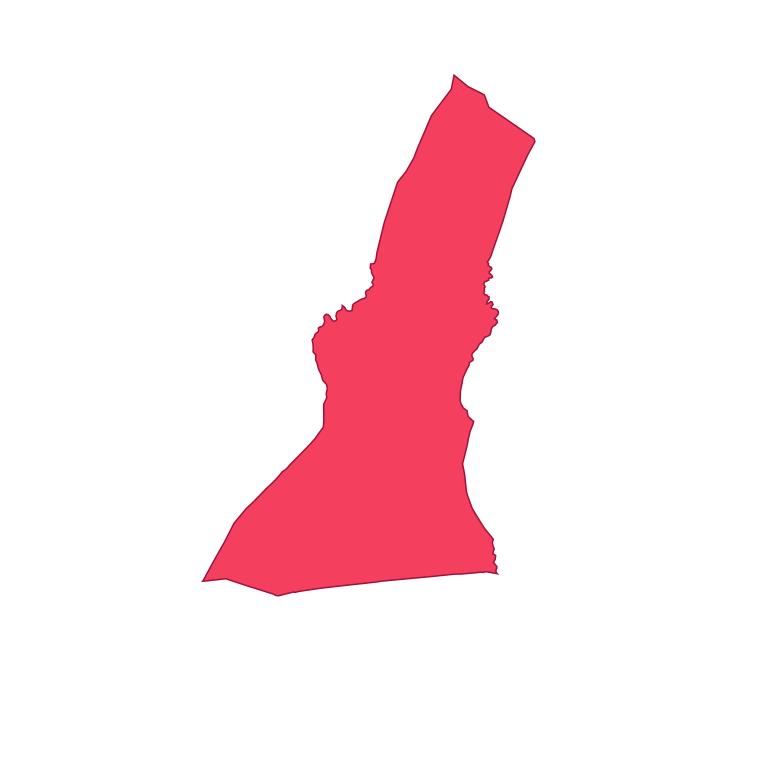 Ad Dinder, Sennar, Sudan (Robinson projection), rotated 57°
{"feature_id": "16777658B21408858343438", "entity_name": "Ad Dinder", "entity_type": "district", "adm_level": 2, "iso_a3": "SDN", "parent_name": "Sudan", "parent_adm1": "Sennar", "projection": "robinson", "projection_center": [34.843, 12.697], "detail": "fine", "context": "isolated", "style": "filled", "palette": "rose", "viewbox_px": 768, "rotation_deg": 57, "n_neighbors": 0, "source": "geoboundaries", "source_scale": "gbopen_adm2", "svg_char_len": 5198}
<svg xmlns="http://www.w3.org/2000/svg" viewBox="0 0 768 768"><g transform="rotate(57 384 384)"><path d="M305.4,187.7L298.3,179.5L296.4,177.2L289.8,170.2L274.3,145.4L269.6,137.8L265.5,130.2L263.0,125.5L261.6,125.0L259.8,124.5L221.0,140.4L209.1,145.3L196.1,142.4L180.3,151.6L169.2,155.1L163.2,157.1L173.4,167.0L184.8,198.1L205.0,228.2L210.5,235.6L217.8,249.7L222.0,262.4L224.1,265.1L248.6,295.7L270.2,318.6L274.9,322.6L277.6,326.4L276.8,328.4L276.0,329.9L279.4,332.5L281.2,332.2L283.8,333.8L286.1,334.2L288.3,334.1L290.1,335.0L290.9,336.9L292.1,338.7L293.4,338.8L294.9,338.8L296.0,340.2L295.7,342.6L296.7,345.3L296.1,347.3L296.7,349.1L298.0,350.0L299.5,350.5L300.8,351.3L301.6,352.2L301.4,354.1L300.5,357.0L300.4,359.0L300.4,361.7L300.1,364.9L300.4,366.5L301.5,368.0L303.8,369.8L305.0,371.0L303.9,373.8L301.5,375.5L298.7,375.2L295.4,376.2L297.3,377.6L298.4,379.0L298.4,380.4L297.9,382.4L298.1,384.1L299.0,385.4L300.8,387.3L302.7,387.9L304.1,388.3L304.6,389.4L304.1,391.9L303.0,392.5L300.9,392.9L299.0,392.8L297.5,392.6L295.2,393.2L294.0,394.5L294.2,396.7L295.0,397.9L297.1,398.8L299.3,399.7L301.0,401.9L301.8,403.5L301.8,405.5L301.2,407.0L301.3,408.6L303.4,409.6L304.5,411.0L304.4,413.3L304.8,414.7L306.9,417.3L307.9,420.5L307.9,420.4L311.5,421.6L311.8,421.8L313.2,422.6L315.6,424.0L318.4,426.0L322.6,425.4L326.2,428.0L326.4,428.1L329.5,428.7L336.0,430.8L342.2,431.6L347.6,433.4L350.4,432.9L353.0,432.5L356.9,433.9L360.7,437.8L364.3,439.5L368.2,445.7L381.3,454.0L387.3,458.5L389.6,465.0L392.3,471.6L394.2,478.6L396.7,489.4L397.2,491.7L400.5,506.8L401.7,510.9L402.2,513.2L402.2,517.1L404.0,522.7L405.1,526.9L406.1,531.2L407.4,538.6L407.6,539.7L410.0,550.0L411.7,557.6L412.5,562.1L413.5,567.6L418.9,584.9L419.2,585.8L423.0,592.3L429.8,604.1L432.0,608.4L438.8,621.4L446.5,635.7L448.8,639.8L450.4,642.7L450.4,642.9L450.5,643.2L450.6,643.5L451.9,641.2L461.2,622.7L478.5,608.9L500.2,591.0L502.2,590.1L504.1,587.9L509.2,573.1L510.2,572.3L511.5,568.6L514.3,562.4L518.3,553.7L520.8,548.3L533.5,522.8L541.2,507.6L547.0,495.9L547.3,494.8L571.7,448.3L582.3,427.6L585.9,422.0L586.3,421.1L592.6,409.2L594.6,405.2L596.0,403.4L597.1,400.5L602.0,395.3L603.3,393.9L604.8,392.3L603.7,392.5L603.4,392.5L602.0,392.1L601.9,392.1L601.6,392.0L601.6,391.9L601.4,391.8L601.2,391.5L601.0,391.3L600.6,390.7L600.3,390.3L600.1,390.1L600.0,389.9L599.9,389.9L599.7,389.6L598.9,389.1L598.7,389.0L598.6,388.9L598.4,388.7L598.2,388.7L598.1,388.8L597.6,388.8L597.4,388.9L596.5,389.0L595.4,389.1L595.1,389.2L594.9,389.2L594.7,389.2L594.0,389.2L593.4,389.3L593.1,389.3L592.9,388.9L591.8,386.5L590.5,385.3L588.9,384.0L588.8,383.9L588.7,383.8L587.5,384.2L587.0,384.4L585.8,385.2L583.9,383.6L582.4,381.3L578.4,380.5L576.1,379.6L573.8,376.9L559.1,378.4L544.1,378.1L536.5,377.8L524.2,375.0L519.5,373.6L503.4,365.5L493.8,361.6L491.5,359.2L490.1,357.7L489.7,357.2L485.8,353.1L481.0,347.9L475.6,342.8L471.1,338.1L470.9,337.9L469.6,336.1L466.3,331.5L465.3,330.5L464.5,329.6L464.4,329.4L464.2,329.2L464.0,329.3L463.8,329.3L463.6,329.4L463.3,329.5L461.2,330.1L460.9,330.2L460.2,330.3L458.9,330.7L457.7,331.0L457.4,331.1L457.2,331.2L456.8,331.1L456.7,331.0L456.2,330.8L454.6,330.2L454.2,330.0L454.1,329.9L453.0,329.5L452.7,329.4L452.1,329.1L451.6,328.9L451.4,328.9L451.0,329.1L447.2,330.6L446.2,330.5L445.9,330.5L442.7,330.2L440.1,329.4L439.2,329.1L431.8,323.9L421.7,314.2L419.4,310.8L418.3,308.9L417.0,306.9L415.7,304.5L414.7,302.7L414.5,302.4L414.4,302.3L414.2,302.2L413.6,301.7L413.4,301.5L413.2,301.3L413.0,301.1L412.7,300.9L412.5,300.7L412.5,296.5L411.2,295.4L409.0,295.3L406.9,294.0L406.4,292.8L405.6,290.3L405.2,287.1L402.6,282.6L402.3,279.1L400.5,275.8L399.7,274.4L400.5,270.5L400.4,268.0L398.3,265.9L396.3,264.0L395.0,261.5L395.2,258.8L394.2,255.4L391.7,254.5L390.3,255.5L389.3,255.8L388.8,253.6L387.8,250.7L386.8,249.3L385.4,248.7L383.5,248.7L381.7,249.8L380.0,251.9L378.8,252.6L377.9,252.2L377.0,250.4L376.6,249.1L375.4,249.1L374.2,248.6L373.0,249.7L373.2,252.1L372.8,254.2L372.7,254.1L371.2,252.8L371.1,252.7L370.9,252.3L370.6,251.5L370.4,250.8L370.4,250.7L370.1,249.8L370.1,249.7L369.8,249.5L368.8,248.9L368.6,248.8L368.5,248.7L368.3,248.6L368.2,248.5L368.0,248.4L367.9,248.5L367.6,248.7L367.3,248.9L367.2,249.0L366.8,249.2L366.7,249.2L366.4,249.2L366.1,249.2L365.9,249.2L365.7,249.3L365.3,249.4L365.2,249.6L364.8,250.0L364.7,250.1L364.5,250.4L364.4,250.5L364.2,250.6L363.8,250.7L363.7,250.7L363.6,250.8L363.2,250.8L362.1,250.8L361.9,250.8L361.9,250.7L361.6,250.3L361.2,249.4L360.4,248.9L360.2,248.8L360.0,248.7L359.9,248.6L359.3,248.2L358.9,248.0L358.1,247.6L357.8,246.6L357.7,246.5L357.0,246.0L355.7,246.2L354.1,245.6L353.7,244.7L353.2,243.7L353.7,241.7L353.8,239.4L353.7,239.4L353.4,239.3L353.1,239.2L352.9,239.2L352.8,238.9L352.5,237.7L353.5,236.2L353.5,235.6L353.5,235.4L353.5,235.2L353.4,234.6L352.7,234.5L352.4,234.4L352.1,234.4L351.9,234.4L351.6,234.4L351.1,234.5L350.9,234.5L350.5,234.6L350.2,234.6L349.9,234.7L349.7,234.8L349.4,235.0L349.2,235.1L348.9,235.3L348.7,235.4L347.9,235.0L347.4,234.8L347.3,234.1L346.9,232.8L346.6,232.1L346.1,230.8L344.4,230.5L343.2,231.4L341.5,231.8L340.9,231.9L340.2,230.8L337.7,230.8L337.5,229.3L335.5,225.5L312.8,196.3L305.4,187.7Z" fill="#f43f5e" stroke="#9f1239" stroke-width="1.5"/></g></svg>